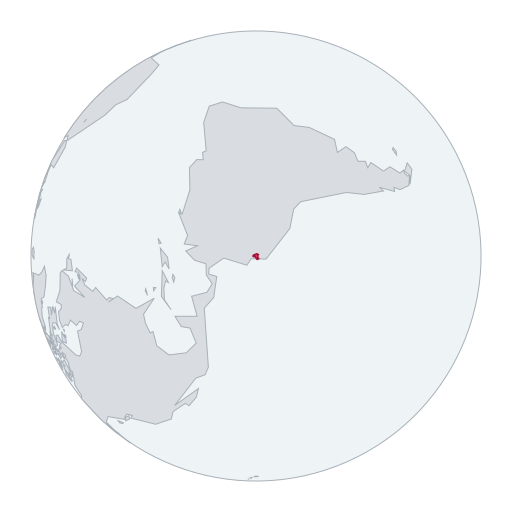 Loja on an orthographic globe, rotated 249°
{"feature_id": "ECU-1268", "entity_name": "Loja", "entity_type": "Province", "adm_level": 1, "iso_a3": "ECU", "parent_name": "Ecuador", "parent_adm1": "", "projection": "orthographic", "projection_center": [-79.576, -4.049], "detail": "fine", "context": "on_globe", "style": "filled", "palette": "rose", "viewbox_px": 512, "rotation_deg": 249, "n_neighbors": 0, "source": "natural_earth", "source_scale": "10m", "svg_char_len": 7624}
<svg xmlns="http://www.w3.org/2000/svg" viewBox="0 0 512 512"><g transform="rotate(249 256 256)"><circle cx="256" cy="256" r="225" fill="#eef3f6" stroke="#a8b0b8"/><path d="M127.1,71.2L137.8,64.6L142.5,61.8L139.9,63.0L144.2,60.4L156.8,53.8L157.6,53.4L161.2,51.7L184.6,42.3L185.8,41.9L188.0,43.2L199.6,40.7L213.6,43.2L216.8,41.6L224.1,42.6L230.4,41.3L231.2,42.8L235.6,40.6L233.7,39.5L235.0,38.4L238.6,37.7L240.2,39.3L238.6,39.9L241.0,40.0L240.3,41.2L242.6,40.3L244.2,42.7L248.0,39.6L253.6,40.9L253.2,42.8L246.3,43.5L228.3,52.2L225.7,55.6L229.0,58.9L249.9,62.5L250.0,66.4L255.2,70.9L258.3,67.9L255.4,63.5L262.6,59.8L258.2,55.5L260.4,53.7L258.7,49.6L266.4,49.5L274.9,51.8L276.7,55.4L280.5,56.8L284.8,53.1L294.1,60.6L310.4,67.2L312.0,69.6L304.2,73.7L288.9,73.4L278.7,81.4L292.9,75.8L296.6,83.1L300.4,84.4L304.6,84.1L306.2,81.4L309.0,84.2L296.1,90.0L293.3,87.5L297.4,85.5L290.2,85.8L281.5,91.0L284.1,95.0L268.3,100.8L269.9,104.0L267.4,107.4L265.8,101.8L268.3,112.4L250.1,125.2L253.1,145.9L241.9,130.1L232.9,128.7L222.1,129.6L222.4,132.8L207.8,131.2L194.9,139.2L190.6,156.2L196.1,169.0L212.3,168.6L216.9,160.9L228.7,158.8L220.8,179.4L241.5,181.5L239.7,197.2L245.8,205.2L256.0,202.8L266.6,206.5L274.0,197.2L285.9,192.2L286.5,205.0L292.9,193.3L299.7,199.5L323.3,199.3L321.6,202.2L341.5,218.0L362.4,225.6L367.2,235.4L364.8,241.2L371.9,243.3L372.0,247.2L399.4,255.0L412.7,266.1L411.8,279.9L399.7,295.1L386.5,328.4L364.1,338.3L356.9,351.8L336.8,371.1L323.5,369.1L325.8,379.2L317.1,384.9L308.0,385.1L305.2,392.0L298.4,392.0L302.1,396.7L289.6,405.5L291.3,413.0L281.8,420.1L283.3,424.4L280.2,424.2L276.6,425.7L275.8,428.1L267.1,424.0L266.3,414.3L270.6,409.4L266.6,408.5L275.9,395.8L271.0,398.4L274.7,379.1L282.9,363.2L290.7,317.2L286.3,308.0L269.6,297.5L249.5,264.2L255.2,250.5L250.7,244.2L265.6,225.1L261.4,207.8L256.1,205.4L250.9,212.0L232.5,201.7L225.8,189.0L169.3,171.7L163.4,165.9L163.5,155.9L145.6,126.5L152.9,154.8L145.7,149.8L140.3,140.0L143.7,137.0L140.5,122.9L134.2,118.5L134.9,102.0L149.6,81.0L151.4,83.5L154.7,78.8L152.7,75.8L150.5,75.0L159.1,60.3L154.7,56.7L146.1,60.6L153.6,56.4L132.4,68.0L126.4,71.8L127.1,71.2ZM49.1,179.5L50.7,174.6L50.7,177.1L49.1,179.5ZM51.1,172.1L50.6,173.6L50.9,172.4L51.1,172.1ZM50.8,171.5L51.0,171.9L50.6,172.0L50.8,171.5ZM50.3,171.4L50.7,171.2L50.5,171.5L50.3,171.4ZM252.2,153.2L275.9,163.2L262.7,164.7L265.2,162.7L259.1,158.5L247.9,154.8L236.3,157.5L252.2,153.2ZM50.2,169.7L50.3,169.1L50.7,168.4L50.2,169.7ZM262.2,141.2L258.1,140.5L262.1,140.4L262.2,141.2ZM148.8,75.3L152.2,76.1L152.4,80.1L149.2,79.6L148.8,75.3ZM149.0,69.0L151.7,68.2L147.7,72.4L147.4,71.5L149.0,69.0ZM138.9,64.4L140.8,63.7L137.5,65.3L138.9,64.4ZM254.5,50.1L256.6,49.9L255.8,50.7L254.5,50.1ZM251.9,48.7L249.6,49.9L248.0,49.4L249.4,48.7L251.9,48.7ZM255.1,47.5L245.4,48.5L242.6,47.8L245.8,44.6L255.1,47.5ZM231.5,39.5L233.8,40.6L228.6,40.4L231.5,39.5ZM227.9,39.7L210.2,42.0L208.7,40.6L215.0,39.9L210.4,39.0L218.3,37.0L222.7,37.1L222.0,38.3L225.6,36.8L227.9,39.7ZM235.1,37.9L231.7,38.3L230.1,37.0L236.7,36.0L235.1,36.7L235.1,37.9ZM205.2,39.9L205.3,39.0L211.7,37.1L212.6,36.6L218.4,36.9L205.2,39.9ZM237.3,36.7L240.1,35.6L244.1,35.8L238.4,37.5L237.3,36.7ZM226.9,37.1L226.5,36.6L228.9,36.5L226.9,37.1ZM259.9,36.6L255.8,36.6L254.6,35.9L259.9,36.6ZM240.9,35.3L239.5,35.2L238.6,35.1L241.3,34.5L240.9,35.3ZM222.5,35.8L225.2,35.3L220.5,35.5L225.2,34.5L228.2,35.0L228.8,34.4L230.3,34.1L231.1,34.9L222.5,35.8ZM241.2,33.5L246.7,34.4L254.5,34.3L255.7,34.9L242.9,35.0L241.2,33.5ZM235.2,34.2L239.2,33.8L238.7,34.5L235.7,35.2L235.2,34.2ZM227.2,33.8L219.3,35.2L218.9,35.1L227.2,33.8ZM243.6,33.3L242.2,33.1L244.2,33.2L243.6,33.3ZM232.4,33.3L229.6,33.8L229.3,33.6L232.4,33.3ZM241.8,32.6L243.5,32.8L241.6,33.1L241.8,32.6ZM237.6,32.8L237.7,32.5L239.8,33.1L236.4,33.0L237.6,32.8ZM232.5,33.1L231.4,33.2L233.7,33.0L232.5,33.1ZM248.4,31.5L251.5,32.2L247.0,32.8L244.7,32.0L248.4,31.5ZM281.2,432.6L267.7,425.5L275.5,428.7L282.0,425.1L288.7,430.5L281.2,432.6ZM299.9,423.4L306.8,421.6L308.1,422.8L303.6,424.4L299.9,423.4ZM418.0,99.5L419.2,101.0L432.4,119.0L431.5,120.6L426.1,117.0L410.9,98.7L414.6,97.5L409.2,92.1L399.7,84.5L401.6,85.1L398.1,82.2L398.6,81.9L390.6,75.4L404.8,86.8L418.0,99.5ZM480.6,273.3L481.1,259.9L480.9,243.8L480.4,236.8L480.0,238.0L478.7,229.8L477.9,229.4L469.1,233.9L463.2,223.2L448.3,191.6L447.5,179.4L441.6,165.4L431.4,121.0L435.7,123.7L435.6,120.0L444.9,133.3L453.3,147.3L460.7,161.9L467.0,177.0L472.1,192.5L476.2,208.3L479.1,224.4L480.8,240.6L481.3,257.0L480.6,273.3ZM442.5,143.0L444.6,147.0L442.5,143.0ZM324.0,199.2L326.9,201.7L323.2,201.7L324.0,199.2ZM261.1,169.8L266.0,170.0L268.6,171.9L264.9,172.5L261.1,169.8ZM302.1,169.9L307.7,171.0L302.0,172.0L302.1,169.9ZM279.6,164.6L297.7,169.5L286.5,173.0L275.1,170.2L282.9,169.1L279.6,164.6ZM260.2,148.1L263.3,148.9L262.5,151.1L260.2,148.1ZM265.1,141.2L263.9,141.4L262.3,139.7L265.1,141.2ZM297.3,82.7L298.5,82.3L302.8,82.7L301.0,83.8L297.3,82.7ZM320.9,78.2L325.0,82.8L320.8,80.0L319.1,82.0L308.0,79.3L312.2,70.8L312.3,74.9L320.9,78.2ZM294.5,74.1L301.0,76.2L293.7,74.3L294.5,74.1ZM378.5,68.8L381.5,70.4L385.6,73.5L386.5,75.9L380.7,71.2L378.5,68.8ZM384.9,72.1L371.2,63.4L370.0,62.2L373.0,64.2L373.6,64.3L378.6,67.7L390.8,75.7L395.2,79.1L394.6,80.6L392.4,77.9L389.6,76.3L384.9,72.1ZM338.4,49.7L332.4,47.6L337.6,47.3L342.5,49.4L343.9,51.4L338.8,50.3L338.4,49.7ZM262.6,42.4L260.0,42.8L259.5,42.2L261.4,41.4L262.6,42.4ZM258.0,36.7L273.5,40.4L271.3,40.9L282.9,43.4L281.7,45.9L274.2,44.0L282.0,48.2L274.7,47.6L280.6,50.4L264.0,46.1L257.7,46.2L265.2,45.0L266.5,42.6L265.2,41.6L256.8,39.2L244.0,39.0L243.3,37.2L246.2,36.0L249.2,35.8L248.7,36.9L253.0,35.8L254.6,37.3L258.0,36.7ZM280.1,32.0L278.6,31.9L284.3,32.5L288.2,33.0L289.1,33.2L290.0,33.3L294.0,34.0L300.4,35.3L300.1,35.4L302.8,35.9L305.4,36.7L308.9,37.5L309.7,38.2L314.0,39.4L311.9,39.1L319.1,41.2L314.1,40.0L317.0,41.3L320.4,41.7L315.9,46.5L317.9,50.5L322.3,54.8L313.0,53.1L302.9,48.4L293.7,43.3L293.1,40.1L289.0,40.3L287.5,39.0L291.4,39.4L284.5,38.1L284.3,37.3L276.2,34.7L266.4,34.1L263.2,33.5L266.9,33.3L261.1,32.9L265.9,32.3L263.7,31.9L266.3,31.4L274.8,31.8L271.7,31.4L273.5,31.4L278.0,31.8L280.1,32.0ZM249.4,31.3L259.1,31.0L264.8,31.2L257.9,32.2L259.3,32.6L255.1,34.0L246.9,33.9L248.9,33.4L248.9,33.0L251.4,33.2L249.4,32.7L252.0,32.2L251.1,31.9L254.5,31.8L249.4,31.3Z" fill="#d9dde1" stroke="#a8b0b8" stroke-width="1"/><path d="M253.1,255.9L253.2,255.7L253.3,255.7L253.6,255.4L254.0,255.3L254.3,255.3L254.5,255.2L254.8,255.1L255.0,255.1L255.4,255.1L255.5,255.1L255.6,254.9L255.8,254.9L256.0,254.9L256.0,255.0L256.3,255.0L256.5,255.0L256.7,254.9L256.7,254.7L256.8,254.6L256.8,254.4L256.7,254.3L256.7,254.2L256.5,254.3L256.4,254.3L256.4,254.1L256.4,253.9L256.6,253.7L256.5,253.4L256.4,253.4L256.5,253.2L256.8,253.2L257.0,253.2L257.1,253.3L257.1,253.5L257.3,253.7L257.5,253.6L257.6,253.8L257.7,254.0L257.8,254.1L257.8,254.3L257.8,254.5L257.7,254.5L257.5,254.8L257.6,255.0L257.8,255.2L257.8,255.3L257.7,255.5L257.7,255.8L257.7,256.0L257.7,256.3L257.8,256.5L257.9,256.8L257.8,257.1L257.8,257.3L257.8,257.5L257.7,257.5L257.5,257.8L257.4,257.8L257.3,257.7L257.2,257.7L257.1,257.8L257.0,258.0L256.8,258.4L256.7,258.6L256.5,258.8L256.3,258.6L256.3,258.4L256.2,258.2L256.3,258.0L256.3,257.9L256.2,257.8L255.8,257.6L255.7,257.5L255.4,257.6L255.1,257.7L254.9,257.6L254.7,257.4L254.4,257.3L254.2,257.2L253.9,257.0L253.8,256.9L253.6,256.9L253.6,257.0L253.4,257.2L253.4,257.3L253.0,257.6L252.9,257.6L252.7,257.7L252.4,257.5L252.4,257.4L252.9,256.7L253.0,256.6L252.8,256.6L252.6,256.7L252.4,256.5L252.4,256.4L252.3,256.2L252.4,255.9L252.5,255.8L252.6,255.7L252.8,255.8L253.0,255.9L253.1,255.9Z" fill="#f43f5e" stroke="#9f1239" stroke-width="1.5"/></g></svg>